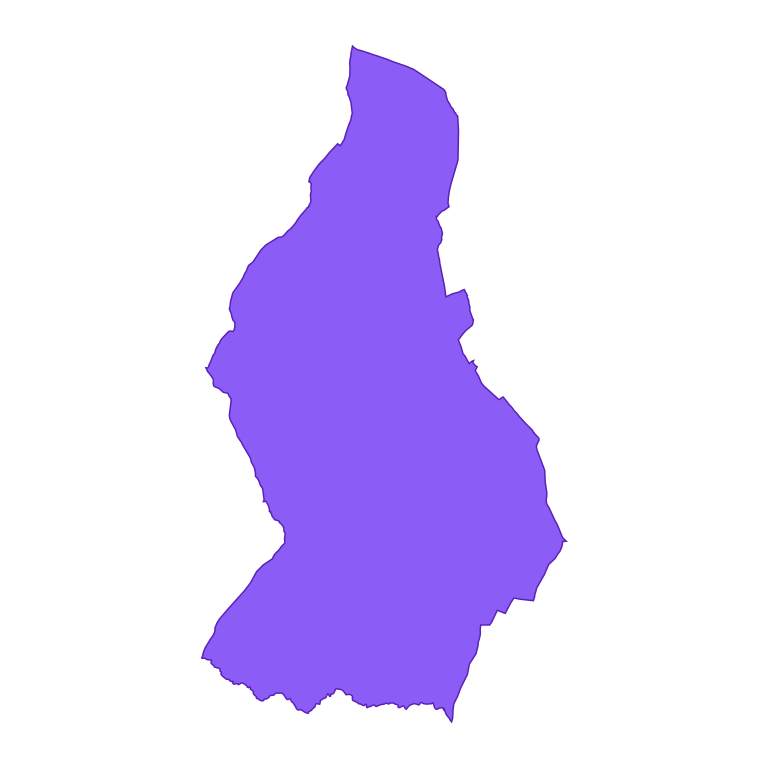 Motavita, Boyacá, Colombia
{"feature_id": "7082276B58425641654458", "entity_name": "Motavita", "entity_type": "district", "adm_level": 2, "iso_a3": "COL", "parent_name": "Colombia", "parent_adm1": "Boyacá", "projection": "natural_earth1", "projection_center": [-73.383, 5.614], "detail": "fine", "context": "isolated", "style": "filled", "palette": "violet", "viewbox_px": 768, "rotation_deg": 0, "n_neighbors": 0, "source": "geoboundaries", "source_scale": "gbopen_adm2", "svg_char_len": 6107}
<svg xmlns="http://www.w3.org/2000/svg" viewBox="0 0 768 768"><path d="M445.8,92.6L444.0,89.6L413.7,69.4L406.3,66.3L393.2,61.8L387.4,59.4L363.2,51.3L357.2,49.6L354.1,47.6L352.5,46.1L350.9,54.0L350.8,56.4L350.1,59.2L349.7,63.2L350.0,67.5L349.8,76.0L347.1,85.7L346.2,87.6L346.2,88.2L347.6,91.3L348.0,93.2L347.9,94.4L349.2,97.0L351.0,102.5L352.3,113.7L351.6,115.4L350.9,119.8L348.9,124.6L345.7,134.1L344.2,139.5L340.4,145.7L337.6,143.8L329.1,152.9L324.8,158.3L319.3,163.8L313.9,171.1L310.5,176.4L309.5,178.3L309.4,180.5L309.0,180.7L308.9,181.8L310.4,182.4L311.2,183.9L310.9,187.8L311.3,191.1L310.4,195.0L310.9,201.0L310.8,201.9L309.2,205.0L308.3,207.3L307.3,207.5L305.9,209.6L301.3,214.7L298.0,219.0L295.5,223.1L292.8,226.4L290.1,229.2L288.2,230.6L283.7,235.6L281.4,237.1L278.5,237.3L277.4,237.8L265.8,245.0L260.8,250.2L252.8,262.2L249.1,265.0L248.1,266.4L246.5,270.6L244.7,273.8L242.8,278.0L239.7,283.2L233.2,292.3L232.6,293.6L230.5,301.6L230.0,306.4L229.3,309.0L231.4,314.0L231.9,317.0L233.2,320.5L234.7,322.1L234.9,324.2L234.8,327.5L234.0,330.0L233.0,331.5L230.6,331.0L228.6,331.5L221.7,338.8L220.5,340.7L219.4,343.4L217.9,345.1L216.6,347.6L215.7,349.4L214.7,353.3L213.3,354.9L212.6,356.4L210.7,361.5L209.2,364.5L208.5,366.9L207.3,368.0L205.9,367.8L207.6,371.5L209.9,374.2L213.2,379.1L213.4,379.9L213.2,383.8L213.9,386.1L214.6,386.7L219.0,388.4L223.3,392.3L227.6,393.2L228.1,393.8L229.2,396.1L230.6,398.2L231.0,399.1L231.0,401.9L229.3,415.6L229.8,418.4L230.8,421.0L235.5,429.6L237.5,436.6L241.7,442.8L242.5,444.7L249.5,456.5L250.6,458.7L251.3,462.1L254.4,467.7L255.4,472.9L255.5,476.3L257.4,478.4L258.7,480.5L260.7,486.0L261.6,486.8L262.7,489.0L264.1,499.8L263.3,501.6L263.8,501.7L265.2,501.2L266.3,502.0L268.2,505.3L268.8,506.8L269.4,509.5L269.4,511.2L269.6,511.6L270.6,511.6L270.6,512.8L271.4,513.7L272.1,516.2L274.4,519.2L275.0,519.9L278.0,520.5L279.1,521.2L279.3,522.5L280.6,523.3L283.1,526.4L283.9,528.1L283.9,530.9L285.0,533.1L285.2,534.3L284.5,538.6L284.9,542.7L284.4,543.5L281.8,546.0L278.7,550.3L275.2,553.6L273.3,556.5L272.6,558.6L263.3,564.9L256.6,571.6L250.4,583.0L244.4,590.8L228.4,608.6L219.3,619.2L217.1,622.8L215.0,627.8L214.9,631.3L213.3,635.1L210.2,639.5L205.2,647.8L203.3,652.7L202.4,656.6L201.7,657.9L202.3,658.4L203.3,658.1L205.0,658.3L207.2,659.7L210.0,659.8L211.3,660.2L211.5,660.5L211.0,662.3L211.3,663.6L213.8,665.6L214.4,667.0L219.8,668.6L220.0,669.1L220.0,671.0L220.9,671.5L221.3,672.3L220.9,673.7L221.4,674.8L222.8,676.4L226.4,679.3L228.9,679.4L229.2,679.5L229.6,680.7L231.7,681.5L232.9,681.4L233.2,681.7L232.7,683.0L233.8,684.2L237.2,683.6L238.4,684.6L239.7,684.0L241.0,683.0L242.0,682.9L245.1,684.3L245.5,684.9L246.7,685.7L247.0,686.7L247.9,687.4L248.4,687.6L249.9,686.9L250.3,687.1L250.3,688.7L250.6,689.4L252.2,690.4L253.5,691.7L253.2,692.8L253.5,693.9L254.7,695.3L256.4,696.6L256.3,697.8L256.7,698.4L259.2,699.4L259.6,700.0L261.5,700.9L263.4,700.6L264.3,699.3L266.1,699.0L268.8,697.6L270.0,695.5L273.7,695.2L275.7,693.2L276.9,693.0L279.3,693.2L281.3,692.9L282.8,693.8L283.9,694.9L286.2,698.6L287.3,699.5L288.2,699.5L289.4,698.9L290.6,699.0L291.2,701.2L293.1,702.9L294.9,705.6L296.7,709.0L297.5,709.7L298.0,710.0L301.0,709.7L305.0,712.3L307.9,713.4L308.5,713.1L308.6,712.0L309.1,711.5L311.3,710.4L313.2,708.2L314.8,707.1L315.5,704.5L316.1,703.9L316.8,703.7L319.6,704.2L319.9,703.9L320.4,700.6L323.7,698.4L325.7,697.8L327.6,693.9L328.1,693.8L329.5,696.2L330.2,696.4L330.7,695.9L330.8,694.3L333.2,693.7L333.8,693.1L335.6,689.3L336.1,688.8L336.9,688.9L340.9,689.4L341.9,690.0L343.5,691.1L346.0,694.7L349.2,694.4L350.3,694.6L351.6,695.3L352.4,696.2L352.4,699.4L352.8,700.4L355.7,701.7L357.8,702.9L358.5,703.7L360.4,704.0L363.4,705.5L364.0,705.6L365.8,704.2L366.4,704.6L366.6,707.0L367.1,707.7L369.0,706.7L370.7,706.4L372.9,705.1L374.1,705.0L376.1,706.5L381.5,704.4L383.5,704.3L386.3,703.2L388.7,704.0L390.5,703.0L392.9,702.9L395.0,704.0L397.5,704.7L398.0,705.2L398.0,706.6L398.3,707.4L399.0,707.6L399.8,707.5L402.8,706.0L403.8,706.0L405.4,708.7L406.4,709.2L408.5,706.3L410.4,704.9L413.8,703.7L415.4,703.8L418.7,704.9L419.3,704.7L420.6,702.7L421.3,702.5L423.5,703.6L426.5,704.1L431.5,703.7L432.6,703.0L433.2,703.1L434.7,707.8L435.5,708.9L437.0,709.4L439.2,708.1L442.6,707.7L443.1,708.1L443.6,709.7L444.3,709.1L444.6,710.6L446.4,714.8L449.8,719.0L449.8,719.6L451.6,721.9L452.6,718.3L453.1,709.3L453.8,703.9L457.8,695.8L460.6,688.1L467.4,674.5L469.4,664.0L476.0,653.8L477.9,646.3L478.3,642.1L479.4,638.7L480.3,634.3L480.3,628.6L480.7,625.0L489.7,625.0L491.9,621.7L497.3,610.3L505.2,613.4L510.5,603.2L513.9,598.0L520.1,599.2L533.4,600.7L534.7,596.4L534.8,594.5L535.8,591.6L536.6,588.1L544.2,574.8L548.7,564.5L555.1,558.4L557.8,554.0L559.8,551.5L561.5,547.7L562.3,544.6L562.6,541.6L566.3,541.2L563.2,538.3L562.1,536.5L557.4,524.9L554.9,520.4L549.1,507.8L547.1,504.7L546.6,503.3L546.2,500.8L546.4,498.0L546.9,495.9L546.7,494.7L546.8,492.6L545.2,482.0L544.7,470.3L537.2,450.4L536.4,447.2L536.7,445.1L539.0,440.1L539.0,439.0L538.7,438.0L534.4,433.4L533.8,432.4L533.3,432.2L532.6,430.6L532.0,429.8L525.8,423.7L518.7,415.8L516.9,413.4L513.9,410.4L512.5,408.2L508.6,403.8L503.2,397.0L501.3,398.0L499.3,399.6L498.6,399.4L483.8,386.0L481.4,382.9L478.2,375.5L475.2,370.8L477.2,366.8L475.1,365.4L473.3,363.2L472.8,362.3L473.6,360.6L472.0,361.2L469.2,363.4L467.7,361.2L465.3,356.5L463.0,353.7L460.8,345.9L458.3,340.0L462.5,334.3L465.9,330.5L471.9,325.5L472.5,324.4L473.0,322.7L473.4,319.7L472.6,318.4L469.9,310.8L469.8,306.3L468.7,303.4L468.9,301.9L468.3,300.7L468.6,299.9L467.2,297.4L467.4,295.6L464.5,290.0L464.2,289.5L461.3,290.7L459.9,291.8L452.5,293.8L445.9,296.8L444.5,286.5L439.8,263.1L439.4,259.1L438.7,257.1L438.2,253.4L437.3,249.6L438.5,245.3L440.6,242.7L441.8,239.8L441.5,237.3L442.5,233.5L441.0,227.6L440.3,227.0L439.4,225.2L438.2,221.5L436.6,219.6L436.3,216.3L437.3,216.5L438.1,215.2L441.8,211.2L444.4,210.1L449.0,206.7L448.0,203.2L448.4,197.2L449.5,190.2L451.0,183.8L457.7,161.1L458.0,158.6L458.5,130.1L457.7,116.3L456.1,114.4L455.6,113.1L454.5,112.1L453.1,109.1L450.5,106.1L449.9,104.3L447.3,100.1L445.8,94.1L445.8,92.6Z" fill="#8b5cf6" stroke="#5b21b6" stroke-width="1.5"/></svg>